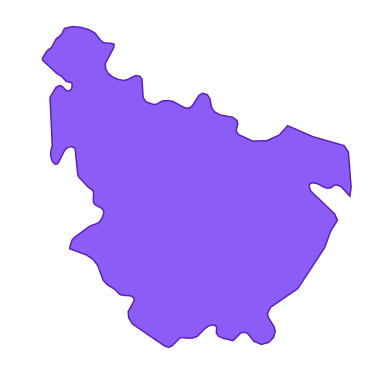 the border of Bologna, rotated 94°
{"feature_id": "ITA-5362", "entity_name": "Bologna", "entity_type": "Province", "adm_level": 1, "iso_a3": "ITA", "parent_name": "Italy", "parent_adm1": "", "projection": "orthographic", "projection_center": [11.264, 44.436], "detail": "fine", "context": "isolated", "style": "filled", "palette": "violet", "viewbox_px": 384, "rotation_deg": 94, "n_neighbors": 0, "source": "natural_earth", "source_scale": "10m", "svg_char_len": 2546}
<svg xmlns="http://www.w3.org/2000/svg" viewBox="0 0 384 384"><g transform="rotate(94 192 192)"><path d="M176.1,33.6L185.2,34.2L176.6,43.2L175.0,47.0L174.9,49.7L175.6,51.0L176.7,51.9L178.0,53.5L178.8,57.4L177.9,60.9L174.9,67.5L174.4,73.3L176.4,75.4L179.7,75.1L183.1,73.3L204.0,48.1L210.1,45.0L221.5,51.0L238.5,55.9L281.0,79.8L301.6,105.7L308.0,108.3L311.7,107.2L320.3,101.0L325.0,99.2L331.4,100.5L336.8,105.2L339.2,112.1L336.5,120.0L329.9,126.0L328.3,128.6L328.8,133.1L337.4,140.6L335.7,150.9L334.0,155.5L331.0,157.9L325.6,157.9L323.6,159.3L323.1,161.3L323.6,163.8L324.7,166.3L327.9,170.2L335.5,176.5L337.7,181.4L338.1,187.0L337.8,190.8L338.6,194.0L347.1,201.4L348.6,204.7L347.4,208.9L327.8,242.1L322.0,246.4L315.7,247.3L305.4,242.5L303.5,242.2L301.8,242.7L300.3,244.6L299.8,247.0L299.9,252.6L299.6,255.8L298.5,257.8L295.0,261.4L290.4,269.9L286.4,274.4L271.7,281.0L266.0,286.1L262.1,293.0L257.2,309.9L254.4,309.9L247.8,308.1L244.3,304.7L233.4,291.8L231.7,288.5L230.4,285.1L229.2,283.3L228.0,282.0L223.9,279.8L222.0,279.2L218.9,278.6L217.1,279.0L215.7,279.7L214.8,280.8L214.1,282.0L211.5,287.5L210.7,288.7L208.9,289.5L206.0,290.0L200.3,290.0L197.9,290.9L196.6,292.1L196.1,293.1L195.6,294.0L194.2,296.1L184.6,306.3L181.5,307.4L157.6,311.5L156.5,312.4L155.7,313.6L155.3,315.0L155.4,316.6L155.8,318.0L156.5,319.3L157.3,320.3L158.4,321.2L161.0,322.7L171.1,326.8L172.4,327.7L173.5,328.6L173.8,329.9L173.2,331.5L170.6,333.8L165.5,335.6L160.7,335.6L156.4,334.8L155.7,334.6L109.5,340.0L107.4,340.2L97.0,334.9L96.0,333.3L95.0,331.2L95.4,329.7L96.2,328.3L98.3,326.0L99.4,324.6L100.0,322.2L99.3,320.7L97.6,319.5L96.0,319.1L94.6,319.0L91.8,319.4L91.3,320.6L91.0,322.1L90.8,323.6L90.4,324.7L90.1,325.5L89.3,326.4L86.5,329.3L85.6,330.4L82.8,335.6L70.8,350.4L69.5,350.4L68.2,350.1L62.8,347.3L60.5,345.7L57.8,342.5L56.4,341.5L49.9,338.8L48.4,337.9L47.5,336.9L46.7,335.7L43.4,332.9L37.7,330.6L35.4,323.3L35.4,314.8L37.1,306.6L40.0,300.2L47.2,293.5L49.1,290.8L49.5,287.0L49.3,282.9L50.0,280.1L53.3,280.1L69.7,287.4L75.2,286.8L79.2,284.1L82.6,279.5L84.8,273.9L85.5,267.6L84.0,263.5L81.5,259.7L79.6,255.9L80.4,251.8L82.8,249.8L101.2,247.3L105.2,244.1L107.3,236.9L106.9,233.3L103.9,229.2L102.9,226.6L102.5,220.9L103.1,216.8L107.3,208.1L108.8,203.5L108.2,200.2L106.0,197.7L95.3,191.9L92.7,188.4L93.8,183.7L97.6,180.7L106.4,178.3L110.2,175.6L113.1,169.5L114.7,156.4L117.5,152.0L121.1,151.1L127.9,152.4L131.4,149.7L137.0,135.2L135.6,120.9L129.1,108.9L119.2,101.2L128.4,75.3L135.1,43.6L141.2,38.8L176.1,33.6Z" fill="#8b5cf6" stroke="#5b21b6" stroke-width="1.5"/></g></svg>